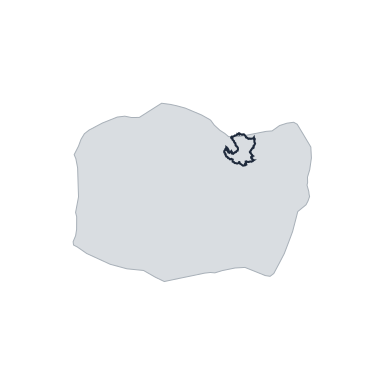 location of Mphaki, Quthing, Lesotho, rotated 228°
{"feature_id": "5366337B73026559585968", "entity_name": "Mphaki", "entity_type": "district", "adm_level": 2, "iso_a3": "LSO", "parent_name": "Lesotho", "parent_adm1": "Quthing", "projection": "natural_earth1", "projection_center": [28.183, -30.161], "detail": "fine", "context": "in_parent", "style": "outline", "palette": "slate", "viewbox_px": 384, "rotation_deg": 228, "n_neighbors": 0, "source": "geoboundaries", "source_scale": "gbopen_adm2", "svg_char_len": 6174}
<svg xmlns="http://www.w3.org/2000/svg" viewBox="0 0 384 384"><g transform="rotate(228 192 192)"><path d="M242.7,250.7L233.8,253.7L232.6,253.9L226.9,253.3L219.3,254.0L213.4,255.6L208.7,256.2L201.2,264.7L187.5,287.6L183.8,292.4L182.8,301.5L179.6,308.6L175.8,314.2L172.0,315.5L160.5,313.3L145.9,310.4L137.4,303.5L129.8,294.4L125.8,287.8L121.6,284.2L120.2,282.1L114.2,279.1L112.0,277.5L110.0,276.4L107.6,272.0L106.2,268.2L106.7,257.5L102.5,251.2L95.3,240.3L90.7,231.5L84.5,219.4L80.6,209.0L76.7,198.2L77.1,193.6L80.9,190.5L92.0,185.1L100.5,180.9L106.7,173.2L113.4,161.8L116.6,154.9L119.9,151.8L123.4,146.9L129.6,136.2L136.6,124.3L144.0,111.5L153.3,107.7L166.1,103.5L178.4,92.3L193.1,82.8L216.7,72.6L227.8,70.0L231.9,68.5L234.6,70.4L237.4,76.3L241.4,81.2L250.7,89.7L254.7,91.8L264.3,104.4L274.6,113.1L286.4,123.1L294.5,128.0L298.6,129.4L302.0,138.3L305.4,144.8L307.3,151.0L306.9,157.0L303.2,171.6L297.7,186.6L293.3,192.8L287.9,196.8L282.7,202.7L280.7,214.7L278.3,228.8L271.5,234.6L266.2,238.4L258.9,243.1L242.7,250.7Z" fill="#d9dde1" stroke="#a8b0b8" stroke-width="1"/><path d="M191.1,274.5L191.0,274.1L190.5,273.4L190.6,273.2L190.9,273.0L191.2,272.9L191.5,272.4L191.7,272.0L191.7,271.9L192.1,271.6L192.2,271.2L192.6,271.1L192.8,270.8L193.1,270.6L193.4,270.4L193.3,269.9L193.4,269.7L194.0,269.6L194.3,269.3L194.6,269.4L195.1,269.4L195.3,269.3L195.7,269.2L195.8,269.1L195.9,268.9L196.0,268.7L196.6,268.7L196.8,268.8L197.0,269.1L198.0,269.1L198.5,269.3L198.9,269.2L199.1,269.1L199.4,269.0L199.7,269.1L200.0,269.2L200.3,269.0L200.8,268.5L200.8,267.8L201.0,267.4L201.6,267.3L201.8,267.1L202.2,267.0L202.6,266.6L202.7,266.2L202.9,266.5L203.5,266.6L204.0,266.4L204.3,266.3L204.4,265.9L204.0,265.4L204.0,265.2L204.2,264.9L204.3,264.6L204.5,264.5L204.2,264.3L204.2,263.9L204.3,263.8L204.4,263.7L204.5,263.5L204.6,263.3L204.6,262.7L204.9,262.0L205.3,261.6L205.2,261.4L205.2,261.2L205.4,260.6L205.5,260.4L205.6,259.8L205.9,259.1L206.1,258.7L206.5,258.7L206.5,258.4L206.5,258.0L206.4,257.7L206.2,257.4L205.4,257.3L205.2,257.4L205.0,257.7L204.8,257.8L204.7,257.9L204.1,257.5L203.7,257.1L203.1,257.2L202.0,257.2L201.7,257.3L201.5,257.1L201.2,257.0L200.9,256.8L200.6,256.6L200.1,256.6L199.5,256.9L199.3,256.9L198.9,256.4L198.4,256.4L197.9,256.1L197.5,255.6L197.3,255.6L196.6,255.6L196.4,255.7L196.0,255.6L195.7,255.9L194.2,255.7L193.7,255.3L193.4,255.1L193.3,254.9L193.0,254.8L192.8,254.6L192.7,254.4L192.7,254.2L192.3,253.7L192.2,253.6L192.4,253.2L192.5,252.8L192.5,252.6L192.6,251.9L192.3,251.6L192.2,251.5L192.2,251.3L192.5,250.6L192.9,250.3L192.8,248.9L192.8,248.6L192.8,248.3L192.8,248.1L193.2,247.9L193.6,247.5L193.8,247.4L193.9,247.5L194.0,247.9L194.0,248.0L194.5,247.6L194.6,247.2L194.7,247.7L195.0,248.0L195.1,248.4L195.2,248.5L195.3,248.5L195.2,248.3L195.3,248.3L195.6,248.4L195.3,247.8L195.2,247.7L195.3,247.6L195.7,247.7L195.9,248.0L196.0,247.9L196.0,247.6L195.8,247.3L195.7,247.1L195.8,246.9L196.2,246.9L196.3,246.7L196.1,246.4L196.1,246.1L196.3,246.1L196.5,246.3L196.7,247.0L196.9,247.1L197.0,246.9L196.8,246.8L196.7,246.7L196.8,246.4L197.1,246.4L197.2,246.1L196.9,246.0L196.9,245.9L196.9,245.7L197.0,245.5L197.4,245.6L197.6,246.3L197.6,246.5L197.9,246.6L198.3,246.2L198.5,246.6L198.6,246.9L198.9,247.2L199.1,247.1L199.2,246.8L199.3,246.6L199.3,246.4L199.5,246.2L199.6,246.4L199.6,246.6L200.0,246.9L200.1,247.2L199.9,247.4L199.9,247.5L200.2,247.6L200.6,247.7L200.8,247.6L200.7,247.4L200.8,247.2L201.2,247.3L201.5,247.6L201.8,247.7L202.2,247.6L202.0,247.4L202.3,247.4L202.0,247.1L201.7,246.3L201.3,245.8L201.6,245.5L201.6,245.4L201.2,245.1L201.1,244.9L201.0,244.7L201.0,243.7L200.7,243.4L200.5,243.1L200.2,242.9L200.2,242.7L199.6,242.4L199.4,242.5L199.1,242.6L198.2,242.5L197.4,242.2L197.4,241.8L197.1,241.8L195.9,241.3L195.2,241.2L194.9,241.4L194.8,241.6L194.6,241.8L193.8,241.8L193.4,241.6L193.1,241.5L192.8,241.8L192.0,242.1L191.8,242.1L191.2,242.0L190.9,242.0L190.7,242.2L190.7,242.6L190.3,243.3L190.2,243.5L189.8,243.5L189.3,243.8L188.9,244.0L188.5,243.4L188.3,243.2L187.5,242.6L187.3,242.5L186.9,242.9L186.5,243.1L186.3,243.2L186.1,243.2L185.5,243.0L185.0,243.1L184.8,243.2L184.7,243.4L184.4,243.7L184.0,244.0L183.7,244.1L183.4,244.3L183.1,244.4L182.9,244.6L182.4,245.8L182.4,246.2L182.7,246.7L182.8,247.0L182.7,247.2L182.5,247.3L182.1,247.2L181.9,246.7L181.7,246.6L181.1,246.6L180.6,246.7L179.7,247.1L179.4,247.1L178.9,247.2L177.8,247.4L177.5,247.5L177.3,247.7L177.1,248.1L176.6,249.1L176.5,249.3L176.3,249.3L176.2,249.6L176.2,249.8L176.1,250.1L176.1,250.4L176.4,250.3L176.6,250.2L176.7,249.7L176.8,249.8L176.7,250.2L176.8,250.2L177.0,250.1L177.1,250.6L177.3,250.6L177.5,250.3L177.6,250.5L177.6,251.1L177.7,251.3L177.6,251.5L177.4,251.5L177.8,251.8L177.8,252.1L178.5,252.2L178.7,252.3L178.6,252.5L178.5,252.8L178.4,252.8L178.2,252.9L177.9,253.0L177.4,253.3L177.3,253.5L177.2,253.6L176.9,253.8L176.7,253.8L176.5,254.0L176.3,254.3L176.3,254.5L176.1,254.7L175.9,255.5L175.6,255.7L175.4,255.9L175.3,256.1L175.2,256.3L174.9,256.4L174.8,256.6L174.7,256.6L174.6,257.1L174.6,257.5L174.6,257.8L174.3,257.9L174.3,258.1L174.4,258.4L174.3,259.0L174.4,258.9L174.5,258.9L174.7,259.0L174.9,258.8L175.3,258.8L175.5,258.9L176.1,258.7L176.5,258.8L176.7,258.7L176.9,258.8L177.0,259.1L177.4,258.8L177.6,258.8L177.8,258.8L178.3,259.2L178.5,259.4L178.5,259.6L178.4,259.7L178.5,260.1L178.4,260.3L178.3,260.5L178.1,261.1L178.0,261.4L178.4,261.3L179.0,261.2L179.2,261.3L179.4,261.5L179.9,261.4L180.4,261.5L181.1,261.5L181.4,261.6L181.7,261.8L181.9,261.7L182.1,261.7L182.6,261.5L182.9,261.7L182.9,261.9L183.0,261.9L183.0,262.0L183.2,262.4L183.3,262.5L183.3,262.8L183.4,263.2L183.3,263.4L183.4,263.8L183.5,264.0L183.8,264.3L183.8,265.0L184.1,265.7L184.1,265.8L184.2,266.5L184.1,266.4L183.9,266.6L184.1,266.8L184.1,267.0L184.1,267.3L183.8,267.5L184.0,267.8L184.2,268.0L184.3,268.0L184.3,267.9L184.5,268.1L184.4,268.3L184.5,268.2L184.6,268.4L184.8,268.3L185.0,268.4L185.1,268.6L185.2,268.8L185.1,269.2L185.2,269.5L185.2,270.0L185.4,270.4L185.7,271.2L186.1,271.3L186.3,271.5L186.5,271.5L187.0,271.6L187.1,271.8L187.6,272.0L188.2,272.5L188.6,273.0L188.9,273.0L189.1,273.1L189.2,273.3L189.1,273.5L189.3,274.1L189.9,274.2L190.2,273.9L191.1,274.5Z" fill="none" stroke="#1e293b" stroke-width="2"/></g></svg>